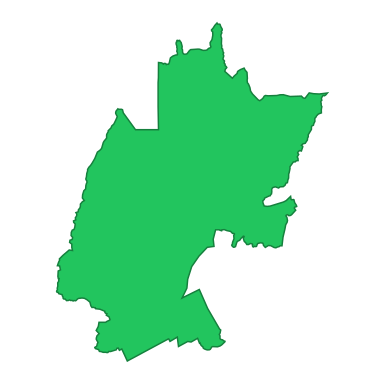 outline of Long Khanh, Đồng Nai, Vietnam
{"feature_id": "81297802B61199528191319", "entity_name": "Long Khanh", "entity_type": "district", "adm_level": 2, "iso_a3": "VNM", "parent_name": "Vietnam", "parent_adm1": "Đồng Nai", "projection": "robinson", "projection_center": [107.227, 10.939], "detail": "fine", "context": "isolated", "style": "filled", "palette": "green", "viewbox_px": 384, "rotation_deg": 0, "n_neighbors": 0, "source": "geoboundaries", "source_scale": "gbopen_adm2", "svg_char_len": 5873}
<svg xmlns="http://www.w3.org/2000/svg" viewBox="0 0 384 384"><path d="M220.7,330.0L219.6,329.1L207.6,308.4L199.3,289.5L182.1,298.0L186.9,288.1L187.7,279.2L191.7,266.6L198.9,256.2L207.3,247.3L214.0,246.4L213.2,239.2L215.6,229.8L219.3,229.8L220.3,230.5L221.0,230.2L221.7,230.7L222.1,229.8L224.3,229.6L226.8,230.6L230.6,231.4L232.5,233.4L234.0,233.5L234.4,233.8L234.4,234.3L233.7,235.4L234.0,238.7L232.6,242.2L232.3,244.2L231.7,245.1L232.1,246.0L233.4,247.2L234.2,247.2L235.5,246.6L236.9,242.0L238.2,240.9L239.7,240.3L241.1,238.3L243.3,236.2L243.8,236.2L244.1,236.6L243.4,238.0L243.4,238.8L244.3,241.5L245.6,242.6L246.8,244.5L248.6,244.5L250.3,243.5L252.4,244.0L252.6,244.4L252.4,245.8L252.8,246.7L253.3,247.0L253.7,246.9L254.2,246.3L255.5,246.6L256.5,246.4L257.3,244.2L257.8,243.5L260.4,242.8L262.6,243.1L263.0,243.4L263.5,245.4L265.3,247.4L268.4,245.5L270.8,245.7L274.1,247.5L275.9,247.8L277.7,246.9L279.0,246.7L280.1,245.8L282.0,245.8L283.0,237.2L284.9,229.1L285.7,224.8L287.1,222.3L287.5,220.5L286.9,217.3L286.1,216.3L286.0,215.4L287.2,214.7L288.1,215.0L288.9,215.7L290.6,215.4L291.7,214.6L295.7,210.2L294.3,208.2L294.5,207.3L296.7,206.5L296.4,205.3L294.7,202.7L293.9,199.7L293.3,199.5L291.8,199.8L291.1,199.5L290.6,196.4L286.2,200.6L283.5,202.0L270.1,206.1L267.2,206.4L264.2,206.0L263.0,203.0L262.8,200.8L264.3,199.4L264.6,198.1L269.2,195.9L270.1,195.8L271.1,194.1L271.5,193.9L271.8,191.8L271.7,189.5L272.2,188.2L272.8,187.6L275.2,186.8L278.6,188.0L280.2,186.8L283.2,186.7L285.0,185.3L286.0,183.1L287.4,182.7L287.9,179.8L288.6,178.1L288.7,173.8L289.1,173.0L290.0,168.6L289.9,166.8L293.3,162.0L295.4,161.8L295.9,161.1L296.7,160.7L298.1,160.6L298.0,158.4L297.2,156.9L298.7,154.4L297.7,153.1L297.7,152.5L298.8,151.2L299.7,150.6L301.4,151.0L302.8,146.7L302.7,146.3L301.4,145.3L303.0,143.8L305.2,143.3L307.4,140.0L307.6,137.8L308.3,136.8L308.2,134.8L311.4,129.5L311.5,126.5L312.1,125.8L313.4,125.3L313.8,123.6L314.9,121.4L314.8,118.4L315.9,117.2L316.6,115.8L318.4,114.0L321.4,112.9L321.3,109.9L321.6,107.7L321.9,106.8L321.4,105.8L321.1,104.1L321.2,103.2L320.7,101.9L320.8,101.4L321.8,100.4L321.4,98.2L322.7,95.8L323.2,95.5L324.2,95.8L324.6,95.7L325.8,94.9L327.4,93.0L319.2,94.0L313.5,93.7L309.2,92.9L305.0,98.3L303.3,98.0L301.4,96.1L290.1,96.5L283.3,94.7L280.0,94.8L276.9,95.5L268.1,95.8L265.4,95.5L264.2,96.2L263.2,97.9L261.9,99.2L259.8,100.7L258.3,100.0L252.5,94.0L250.6,91.1L249.9,87.5L248.5,84.1L247.4,82.7L247.1,80.0L247.4,78.5L247.0,72.3L245.2,70.2L244.1,68.1L240.4,69.6L237.9,71.2L237.3,72.2L237.3,73.3L234.1,76.1L232.4,78.2L224.8,71.4L225.4,69.1L226.5,68.0L226.8,67.4L226.0,66.3L225.1,65.6L225.1,64.1L224.1,63.0L224.5,61.0L222.9,59.1L223.8,55.9L223.1,54.1L223.7,52.9L223.0,51.8L222.6,49.0L221.7,48.3L221.8,45.7L221.4,44.0L221.6,38.1L221.1,37.2L220.9,34.7L221.7,33.3L221.8,32.6L221.3,31.6L222.2,30.2L222.2,29.1L220.7,26.4L220.1,24.6L219.8,24.2L217.6,24.1L217.0,23.0L214.8,25.4L213.1,28.1L211.5,29.9L211.6,30.8L212.7,31.9L212.8,35.2L212.0,39.6L210.1,42.7L210.3,45.2L210.8,46.3L210.8,47.1L210.1,47.9L208.6,48.4L206.9,50.0L205.8,50.3L203.1,50.4L199.6,49.2L198.0,49.1L190.7,49.6L189.5,50.5L187.1,53.7L186.2,54.1L184.2,54.2L183.4,53.8L182.6,52.4L182.5,49.8L181.8,48.2L182.2,47.0L182.1,46.1L181.1,42.4L180.0,41.2L179.8,40.5L179.2,40.3L178.6,40.8L177.2,40.3L176.9,40.5L176.9,41.7L176.4,42.0L176.2,42.5L176.1,43.9L176.9,46.4L176.8,47.5L177.2,48.8L176.8,51.4L177.3,52.3L177.5,54.4L177.2,54.9L175.7,55.0L172.8,56.1L170.8,57.6L170.4,58.0L169.3,62.7L168.5,64.3L167.4,64.2L166.3,64.6L165.8,63.6L165.5,63.5L164.1,63.4L163.4,64.1L161.8,62.9L158.5,62.5L158.4,77.9L158.1,82.7L158.1,106.5L158.5,129.7L135.5,129.7L123.3,112.9L122.5,109.7L121.5,109.3L118.6,109.3L117.9,108.8L116.2,110.9L115.7,112.2L115.7,113.5L117.3,116.7L115.3,121.1L113.8,124.1L111.8,125.9L111.0,127.9L108.2,130.7L108.2,131.7L106.8,134.2L106.6,135.0L106.6,138.1L104.2,141.0L103.3,142.5L101.6,148.4L100.0,150.2L97.4,152.1L94.8,158.5L92.2,163.0L90.5,165.5L88.9,167.2L87.6,169.4L87.6,170.9L86.8,173.4L86.4,176.9L85.9,178.7L86.0,179.8L86.8,180.6L87.0,182.5L86.4,183.6L85.9,185.4L85.6,189.0L83.8,190.8L82.6,194.9L82.4,198.0L84.3,200.6L82.4,201.7L80.4,204.1L80.4,206.1L80.0,207.8L78.4,209.8L78.2,211.8L75.9,212.6L76.8,214.1L76.6,215.9L75.3,217.9L75.8,219.8L73.5,220.9L73.7,222.4L75.2,224.0L74.8,227.1L74.0,229.5L72.3,230.1L71.3,232.3L71.1,235.6L72.6,237.3L72.2,239.5L70.0,240.2L69.6,242.4L71.8,244.1L71.8,247.4L72.5,250.5L69.2,250.0L62.9,255.4L59.4,258.9L59.6,260.2L58.6,262.2L57.4,265.7L59.6,265.9L60.5,269.9L58.2,271.0L57.9,276.4L58.3,278.6L59.1,278.6L58.7,280.0L58.7,281.2L57.7,282.9L57.8,286.1L57.2,288.2L57.5,289.4L56.6,291.2L57.1,292.3L58.2,292.4L58.8,293.7L62.1,294.6L62.4,296.0L62.9,296.5L63.2,298.5L63.8,299.0L65.3,299.1L66.5,300.6L68.3,300.5L69.7,299.9L70.6,300.5L72.1,300.4L73.1,301.0L74.0,300.5L75.4,300.8L76.1,300.5L77.6,298.9L78.6,298.4L82.0,298.0L84.4,298.3L87.1,299.8L89.9,302.1L90.9,305.9L92.0,307.5L93.5,307.3L94.5,307.8L95.3,307.7L95.6,308.7L99.9,309.2L104.9,311.3L104.8,312.0L105.2,312.9L106.2,313.6L106.9,313.7L106.3,315.2L109.0,316.8L110.0,319.5L109.7,320.1L106.9,321.4L105.6,322.3L99.0,322.3L98.3,326.4L96.2,330.5L99.1,333.6L97.0,335.8L96.3,338.1L96.3,339.4L98.0,342.4L97.1,344.2L97.1,345.0L96.5,346.4L94.8,347.4L95.0,348.0L95.5,348.7L96.6,348.8L97.2,349.3L98.3,349.4L98.8,350.0L99.4,351.4L101.1,351.6L103.1,352.3L105.9,352.3L106.9,352.6L107.9,352.5L108.7,351.5L110.7,351.5L116.3,349.8L116.9,348.3L118.3,348.1L119.4,350.3L121.8,349.0L127.3,361.0L168.4,338.9L168.8,339.0L170.0,341.4L177.3,337.1L178.5,346.5L187.7,341.5L191.1,342.0L197.6,338.3L199.5,343.2L200.0,342.9L201.1,345.4L203.0,347.0L203.2,348.0L204.3,348.9L206.4,349.7L207.5,349.9L209.4,349.8L210.3,349.3L211.7,347.1L212.4,346.6L217.6,346.8L220.2,345.9L221.8,344.8L224.9,341.8L225.0,341.3L223.5,340.7L222.7,339.9L220.5,339.3L220.0,338.5L220.0,335.9L219.3,334.3L220.1,333.1L220.7,330.0Z" fill="#22c55e" stroke="#15803d" stroke-width="1.5"/></svg>